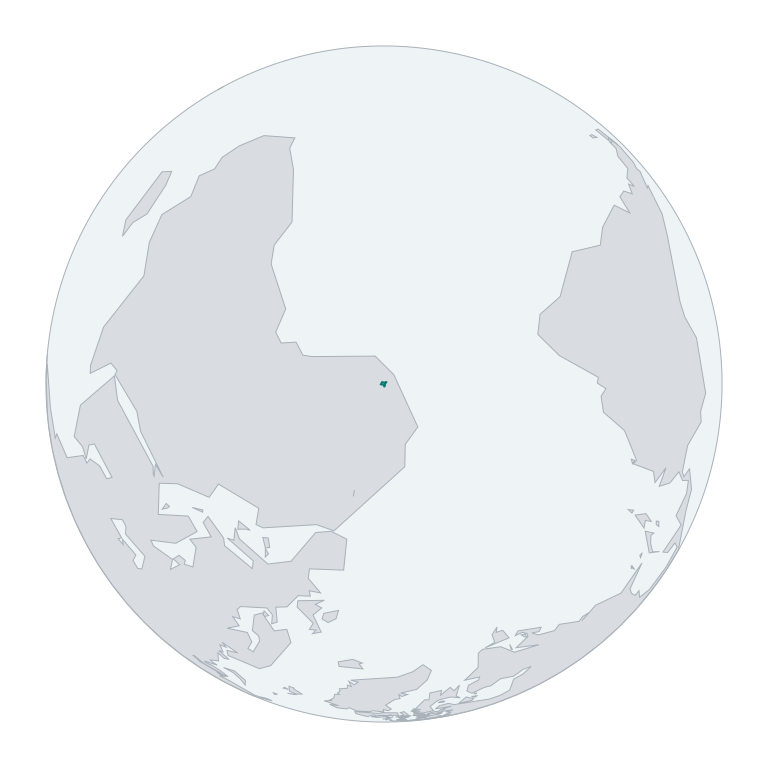 Guéckédou highlighted on a globe, orthographic projection, rotated 191°
{"feature_id": "GIN-5640", "entity_name": "Guéckédou", "entity_type": "Prefecture", "adm_level": 1, "iso_a3": "GIN", "parent_name": "Guinea", "parent_adm1": "", "projection": "orthographic", "projection_center": [-10.351, 8.727], "detail": "fine", "context": "on_globe", "style": "filled", "palette": "teal", "viewbox_px": 768, "rotation_deg": 191, "n_neighbors": 0, "source": "natural_earth", "source_scale": "10m", "svg_char_len": 9492}
<svg xmlns="http://www.w3.org/2000/svg" viewBox="0 0 768 768"><g transform="rotate(191 384 384)"><circle cx="384" cy="384" r="338" fill="#eef3f6" stroke="#a8b0b8"/><path d="M280.7,62.2L255.5,72.8L262.1,70.4L255.5,74.7L260.7,73.9L253.9,77.3L264.0,74.0L269.2,71.1L275.3,69.0L278.9,68.6L270.8,72.4L267.9,73.2L267.4,74.2L261.8,76.5L266.6,75.1L256.4,80.6L271.6,74.9L267.9,79.0L259.7,82.8L253.9,82.7L220.6,94.8L210.6,100.5L202.2,107.5L200.4,119.0L192.1,125.9L185.6,134.9L193.2,130.3L201.0,121.9L213.5,116.8L221.5,108.2L227.8,105.2L238.7,97.2L244.1,98.5L243.5,104.4L234.7,111.5L234.2,114.7L248.3,108.6L237.5,123.7L240.1,137.8L236.5,142.4L219.2,148.4L204.7,145.6L182.2,157.6L203.9,150.4L194.6,163.6L196.1,166.4L200.8,166.6L207.1,162.1L205.4,167.2L183.3,175.2L184.5,170.6L191.5,167.8L184.6,167.1L169.7,174.4L166.1,181.5L147.3,188.2L144.6,193.7L139.0,198.9L144.6,189.3L134.1,207.2L111.4,224.0L96.6,257.6L103.4,230.0L101.1,225.6L97.0,224.5L94.3,229.8L92.4,223.5L84.3,232.8L72.0,258.5L65.1,280.0L68.1,283.5L73.4,272.7L78.1,272.3L65.4,302.3L72.2,310.4L66.1,334.0L66.8,347.5L72.5,346.2L77.7,354.1L84.5,341.4L94.3,336.0L91.2,355.6L99.1,339.0L102.8,349.6L124.0,353.2L121.6,357.4L139.0,384.2L163.1,398.1L168.6,413.4L165.2,421.8L174.7,425.6L174.9,431.5L217.2,445.3L242.5,462.1L244.1,482.2L227.8,503.4L224.5,549.7L198.2,561.6L199.3,579.5L192.2,603.4L175.3,598.8L188.2,612.8L185.4,619.2L176.6,618.0L182.0,626.9L175.9,625.7L184.9,632.6L185.7,642.0L197.8,652.1L201.1,659.4L209.3,665.1L206.6,664.3L206.6,665.6L210.2,668.5L197.2,661.6L181.3,649.0L177.0,643.5L173.3,641.6L162.9,626.7L162.7,629.1L143.5,604.1L134.3,584.0L109.1,521.2L101.6,507.3L86.1,488.9L66.5,436.4L68.0,417.5L65.4,407.2L74.2,381.7L74.4,354.8L71.9,350.1L67.9,359.0L62.0,339.2L63.4,318.3L63.4,277.1L72.0,254.2L82.2,232.1L93.9,210.7L107.1,190.2L121.8,170.8L137.9,152.4L155.2,135.3L173.8,119.4L193.4,105.0L214.0,91.9L235.5,80.4L257.8,70.5L280.7,62.2ZM91.4,268.8L99.5,289.4L90.6,289.1L93.1,286.5L91.9,278.6L88.3,270.5L81.7,272.1L91.4,268.8ZM104.9,252.1L103.1,250.1L105.4,250.7L104.9,252.1ZM235.0,97.3L236.7,97.3L233.8,98.7L235.0,97.3ZM238.0,94.1L233.3,95.8L234.0,94.5L236.9,93.5L238.0,94.1ZM243.7,92.4L236.0,92.2L237.4,90.2L249.6,84.8L243.7,92.4ZM269.3,70.5L263.9,73.5L265.1,71.5L269.3,70.5ZM268.6,69.9L263.5,68.9L273.3,65.1L273.0,65.8L283.0,61.9L290.2,60.3L286.4,62.2L278.6,64.8L287.3,62.3L268.6,69.9ZM277.9,68.0L276.0,67.8L284.3,64.3L289.6,64.1L285.2,65.2L277.9,68.0ZM282.0,61.9L289.1,59.7L297.0,57.7L300.8,56.7L291.2,60.0L282.0,61.9ZM285.1,65.8L292.1,64.1L291.4,65.6L280.3,68.0L285.1,65.8ZM284.2,63.7L288.4,62.1L287.8,62.8L284.2,63.7ZM292.9,71.1L290.5,70.3L294.6,68.2L292.9,71.1ZM294.7,63.5L294.9,63.0L296.3,62.3L300.6,61.6L294.7,63.5ZM297.4,58.6L299.2,58.5L301.7,57.1L307.7,56.1L300.2,58.7L306.0,57.2L307.8,56.9L299.6,59.5L297.4,58.6ZM309.1,59.1L301.6,62.9L305.3,64.5L301.7,66.2L296.5,63.5L309.1,59.1ZM304.2,59.0L306.4,59.3L300.9,60.9L296.0,61.7L304.2,59.0ZM314.4,54.7L307.2,55.5L309.1,55.0L314.4,54.7ZM311.2,59.1L313.0,58.2L312.1,59.0L311.2,59.1ZM314.7,55.5L311.9,55.8L314.1,55.1L314.7,55.5ZM318.8,56.6L316.4,57.7L313.0,58.0L318.8,56.6ZM317.8,55.8L321.5,54.9L313.2,57.5L316.2,56.0L317.8,55.8ZM317.2,54.9L317.6,54.6L318.1,54.9L317.2,54.9ZM333.1,55.0L323.5,58.1L315.9,58.8L326.4,55.5L333.1,55.0ZM222.5,675.1L200.0,663.6L211.0,669.2L209.6,665.8L224.6,673.7L222.5,675.1ZM222.1,666.7L225.8,665.4L229.3,667.2L227.6,668.5L222.1,666.7ZM705.4,279.7L709.0,291.9L716.4,323.8L718.4,339.6L707.0,297.2L696.4,268.2L695.7,272.6L681.0,251.2L665.7,256.4L660.5,249.6L658.3,254.4L647.5,249.3L638.2,238.1L633.1,240.4L656.9,269.9L662.0,267.7L662.0,253.7L668.0,265.0L678.1,273.3L678.0,305.3L650.2,340.5L642.4,317.1L594.8,258.9L593.4,251.7L593.0,250.9L592.1,249.6L593.0,261.5L583.0,250.4L614.0,291.2L621.4,310.0L649.9,342.0L648.5,346.2L656.1,352.4L674.4,338.4L675.6,346.4L670.1,386.5L640.3,444.4L641.4,478.2L634.3,508.0L609.4,531.1L605.1,553.1L591.3,562.8L586.2,575.5L571.5,590.1L549.3,604.9L518.4,608.6L521.6,597.6L513.8,577.3L505.2,525.4L518.3,499.5L517.7,480.2L494.8,438.9L500.2,414.2L492.8,404.6L478.3,408.3L469.1,396.8L459.8,397.2L398.0,409.7L376.1,395.0L342.6,348.3L351.6,328.7L347.8,306.8L405.1,230.3L423.3,233.1L475.3,219.7L482.8,221.6L483.2,238.1L527.4,254.2L534.0,239.4L567.6,246.7L585.7,243.7L580.7,212.9L550.9,217.0L539.3,203.5L558.0,187.9L583.1,186.2L579.3,181.0L558.1,171.4L558.3,161.3L550.1,167.6L557.5,172.2L552.5,176.7L545.4,172.9L545.8,169.1L536.7,167.9L537.3,187.8L544.9,194.6L524.4,201.0L535.1,213.5L531.5,220.4L512.0,202.2L509.7,194.9L478.0,177.6L478.6,185.5L508.5,202.9L501.6,202.0L502.6,214.6L496.4,204.4L463.6,185.1L441.4,192.3L422.7,225.2L407.7,229.3L390.9,224.6L388.1,193.6L421.9,188.3L421.3,178.8L406.4,166.8L417.9,166.8L415.9,161.7L427.9,159.8L436.7,146.7L447.6,144.3L443.4,129.9L448.5,127.2L449.5,136.1L456.1,141.8L482.3,138.2L485.1,134.7L480.3,126.0L488.1,126.8L480.0,119.0L491.3,114.4L470.8,114.0L464.5,105.5L467.1,98.5L461.3,96.1L457.1,107.8L458.8,112.7L466.1,116.8L467.3,132.4L460.0,136.0L444.7,120.7L432.6,124.6L426.0,112.4L441.5,85.9L451.9,80.8L485.3,87.8L487.3,92.6L476.3,92.1L493.6,99.5L488.8,95.5L495.3,96.7L490.9,90.2L495.3,90.8L483.6,84.1L488.5,84.2L495.9,88.5L493.6,80.6L501.7,80.1L499.1,78.2L494.0,76.2L507.7,77.8L505.2,76.4L499.7,75.2L491.1,71.9L481.2,67.0L486.5,67.8L490.7,69.6L507.7,75.4L518.3,81.1L519.4,81.1L511.5,76.4L490.8,69.2L483.4,66.2L493.0,68.9L488.9,67.6L486.9,66.4L489.8,66.3L479.1,63.3L449.4,53.1L452.1,53.0L464.0,55.7L461.4,55.1L485.3,61.6L508.6,69.9L531.3,79.9L553.2,91.5L574.1,104.6L594.1,119.3L612.9,135.4L630.5,152.8L646.7,171.5L661.6,191.3L674.9,212.1L686.7,233.9L696.9,256.4L705.4,279.7ZM392.7,267.8L392.8,274.3L392.7,267.8ZM614.9,200.9L626.5,199.8L612.2,182.9L615.5,181.4L609.4,176.6L611.1,181.7L594.9,168.8L596.7,162.9L590.6,156.0L586.4,156.2L585.8,169.3L609.0,187.3L610.2,195.1L614.9,200.9ZM124.8,353.1L127.0,357.4L123.3,356.8L124.8,353.1ZM87.1,296.6L89.9,297.9L90.6,301.4L88.0,301.6L87.1,296.6ZM116.0,304.6L120.3,307.3L114.9,307.8L116.0,304.6ZM101.3,292.2L112.5,303.2L102.1,306.7L95.4,300.1L101.4,299.9L101.3,292.2ZM99.0,262.5L100.2,264.5L98.3,267.7L99.0,262.5ZM106.6,252.7L105.7,252.7L106.1,249.7L106.6,252.7ZM195.9,163.0L197.6,162.6L201.4,163.9L197.6,165.5L195.9,163.0ZM230.1,158.4L226.7,167.0L226.5,161.6L220.5,164.9L212.8,158.7L234.3,144.4L226.0,151.6L230.1,158.4ZM208.5,147.8L211.0,152.4L207.4,148.0L208.5,147.8ZM393.4,139.2L400.0,141.5L399.3,147.4L385.4,153.1L386.3,144.4L393.4,139.2ZM409.6,143.7L398.3,128.5L406.5,125.3L403.8,129.5L410.4,128.8L407.8,135.6L426.7,148.5L427.2,154.8L401.3,160.3L409.4,154.6L402.4,152.3L409.6,143.7ZM355.1,104.5L350.3,100.3L374.2,98.2L375.9,102.5L362.2,107.7L352.1,105.9L355.1,104.5ZM266.7,83.9L263.3,84.2L265.5,82.9L270.2,81.5L266.7,83.9ZM291.4,70.8L283.7,81.8L279.5,82.5L280.1,89.4L269.1,94.2L269.1,89.3L261.1,98.8L256.6,96.3L252.5,102.8L253.6,91.5L249.3,90.5L258.3,89.6L268.5,85.1L271.6,82.9L277.3,76.2L273.0,72.8L282.5,68.7L290.3,66.7L292.8,66.8L285.8,69.3L294.1,67.8L286.0,71.5L291.4,70.8ZM376.2,59.1L367.2,59.6L382.3,61.6L374.3,63.5L376.6,63.7L373.3,66.3L373.2,70.0L368.6,70.7L370.6,71.9L368.5,74.1L369.7,76.2L361.8,78.4L362.6,81.4L358.4,80.8L361.9,85.5L355.8,83.1L352.5,86.4L360.1,86.9L315.0,98.7L300.7,107.1L292.2,115.9L282.9,112.0L285.0,101.9L293.6,90.5L308.7,83.7L301.7,83.7L306.9,80.6L310.2,81.9L308.2,78.3L313.3,76.3L321.0,69.1L314.9,66.3L317.5,64.1L322.5,64.3L321.7,62.1L332.8,61.1L335.0,59.7L348.2,57.8L356.5,59.7L358.3,58.0L368.3,57.2L376.2,59.1ZM336.9,54.4L348.7,55.1L350.1,56.8L326.6,59.6L323.1,61.0L308.0,63.8L306.4,61.5L310.8,60.8L314.7,59.7L313.7,60.8L317.5,59.1L323.7,58.2L328.3,56.8L330.9,57.3L336.9,54.4ZM487.5,214.9L492.6,215.1L499.8,213.5L500.6,221.9L487.5,214.9ZM465.0,201.8L469.1,200.3L473.7,210.3L468.3,210.7L465.0,201.8ZM467.5,191.5L469.0,199.5L465.0,195.3L467.5,191.5ZM452.9,134.7L456.8,133.1L458.7,135.0L458.4,138.4L452.9,134.7ZM419.6,69.2L414.2,68.3L414.4,67.5L405.5,64.0L410.8,62.9L418.2,64.5L419.6,69.2ZM577.9,218.7L574.9,225.2L571.2,222.8L572.9,221.0L577.9,218.7ZM537.6,223.6L548.7,226.2L537.7,225.8L537.6,223.6ZM423.8,67.3L419.6,65.9L424.9,66.3L423.8,67.3ZM414.2,62.0L419.7,62.0L410.4,62.4L414.2,62.0ZM598.7,645.0L598.3,645.3L603.5,640.9L602.0,642.2L598.7,645.0ZM668.7,495.8L642.3,549.9L633.0,552.2L636.1,537.6L649.1,505.7L661.5,494.4L668.9,479.1L668.7,495.8ZM720.0,347.9L720.1,348.6L717.0,326.6L718.4,335.6L720.0,347.9ZM462.8,62.0L469.2,67.4L477.3,72.1L487.4,75.1L476.0,73.8L463.5,66.6L462.8,62.0ZM450.5,53.8L441.7,52.1L443.6,52.1L445.9,52.5L450.5,53.8ZM446.6,53.3L439.6,53.0L433.3,51.7L440.1,52.1L446.6,53.3ZM432.2,58.3L433.7,59.8L429.4,59.3L432.2,58.3Z" fill="#d9dde1" stroke="#a8b0b8" stroke-width="1"/><path d="M382.6,382.1L383.0,381.8L383.1,381.7L383.3,381.3L383.5,381.4L383.5,381.5L383.5,381.9L383.5,382.0L383.8,382.1L384.3,382.8L384.7,382.9L384.7,383.0L384.8,383.0L385.1,383.1L385.5,383.1L385.8,383.0L385.8,382.9L386.1,382.7L386.4,382.8L387.4,383.0L387.3,383.4L387.0,383.5L386.8,383.6L386.6,383.8L386.5,384.2L386.8,385.3L386.7,385.4L386.4,385.4L386.3,385.5L386.0,385.6L385.8,385.8L385.7,385.8L385.6,385.7L385.6,385.4L385.2,385.2L384.8,385.4L384.7,385.5L384.6,385.4L384.4,385.4L384.2,385.4L383.9,385.4L383.7,385.5L383.4,385.9L383.4,386.0L383.0,386.3L382.8,386.5L382.7,386.5L382.5,386.4L382.4,386.3L382.2,386.3L381.9,386.5L381.8,386.4L382.0,386.2L382.1,385.9L382.2,385.4L382.3,385.4L382.3,385.2L382.5,385.1L382.5,384.9L382.8,384.7L383.0,384.6L383.2,384.3L383.0,384.0L383.0,383.9L382.9,383.9L382.6,383.5L382.6,383.4L382.5,383.2L382.5,382.7L382.6,382.2L382.6,382.1Z" fill="#14b8a6" stroke="#0f766e" stroke-width="1.5"/></g></svg>